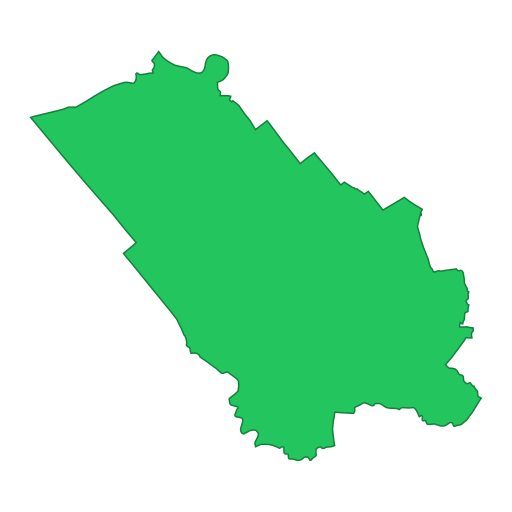 the district of Ben Luc, Long An, Vietnam
{"feature_id": "81297802B50864428315087", "entity_name": "Ben Luc", "entity_type": "district", "adm_level": 2, "iso_a3": "VNM", "parent_name": "Vietnam", "parent_adm1": "Long An", "projection": "orthographic", "projection_center": [106.476, 10.694], "detail": "fine", "context": "isolated", "style": "filled", "palette": "green", "viewbox_px": 512, "rotation_deg": 0, "n_neighbors": 0, "source": "geoboundaries", "source_scale": "gbopen_adm2", "svg_char_len": 6031}
<svg xmlns="http://www.w3.org/2000/svg" viewBox="0 0 512 512"><path d="M312.0,154.7L308.8,156.8L300.2,163.6L289.6,150.0L283.3,142.3L270.0,124.4L267.1,120.7L255.5,129.6L249.7,120.1L244.4,113.6L238.8,105.4L232.9,100.8L231.9,101.9L229.4,99.9L230.8,96.3L228.8,95.8L223.1,95.6L220.2,95.7L220.5,92.3L220.3,91.6L218.1,89.7L217.7,88.0L217.4,82.4L221.4,80.7L222.9,79.9L224.4,78.4L226.9,75.3L228.2,72.7L228.5,68.2L228.5,66.5L228.3,64.3L227.9,61.9L227.3,60.8L226.6,60.0L224.9,58.6L222.3,56.9L217.8,55.3L215.3,54.8L213.1,54.8L211.5,55.3L209.7,56.2L207.9,57.8L206.6,59.7L205.5,63.2L205.0,66.9L204.4,68.8L203.6,70.5L202.0,72.3L201.3,72.8L200.0,73.0L198.0,73.1L196.4,72.8L192.8,71.4L188.1,68.6L186.2,67.7L179.8,66.4L174.9,65.2L171.1,63.3L165.7,59.8L162.7,57.2L158.7,51.6L156.7,54.3L155.3,56.0L153.7,58.5L152.2,59.9L152.1,60.2L152.0,60.9L152.1,61.2L153.9,62.9L154.3,63.5L154.4,64.1L154.4,66.0L154.2,67.2L153.9,67.8L153.1,68.9L152.3,70.4L152.5,71.0L153.0,71.9L153.2,73.0L149.2,73.2L147.7,73.6L144.5,74.2L140.8,74.6L139.6,74.5L138.8,74.1L137.7,73.3L137.0,73.0L136.6,73.1L136.0,73.6L135.9,74.3L136.2,75.5L136.2,77.3L136.1,79.0L135.8,80.1L134.8,82.1L134.2,82.8L133.8,83.2L132.8,83.3L128.1,82.4L126.7,82.3L124.2,82.5L120.5,83.5L114.0,85.6L105.9,89.6L96.4,94.9L84.7,102.2L75.9,107.2L68.7,107.1L62.3,109.5L33.2,116.6L30.7,117.5L67.5,161.8L84.7,182.0L113.1,214.6L125.2,229.6L136.1,242.5L133.0,245.5L123.5,253.4L126.5,257.3L133.5,265.6L148.6,284.3L160.9,299.3L164.9,304.3L169.1,309.4L176.8,319.2L178.4,322.7L181.0,327.8L183.0,332.4L183.8,334.6L184.9,335.9L185.6,337.4L186.1,338.7L186.5,341.1L186.7,343.0L186.4,344.6L186.5,345.3L186.9,345.9L188.3,347.1L189.5,347.5L189.9,348.3L190.5,351.9L190.8,353.1L192.0,353.2L193.8,353.1L195.7,353.1L197.3,353.7L198.9,354.6L199.9,356.7L201.7,358.2L205.5,360.7L216.4,368.6L221.3,373.1L222.6,373.4L223.1,373.4L225.1,372.5L226.5,372.1L227.8,372.2L234.0,376.7L237.0,379.0L238.4,381.1L238.6,382.3L238.7,384.2L238.7,385.3L238.2,390.3L237.7,391.5L235.5,393.5L233.8,395.0L229.3,398.4L229.2,399.0L229.4,400.8L229.9,403.5L230.4,404.5L231.2,405.0L231.8,405.3L237.4,406.7L238.0,407.0L238.0,407.4L237.9,408.2L236.9,409.4L235.0,414.5L235.0,415.5L235.1,416.0L235.6,416.5L236.5,416.9L239.5,417.4L241.4,417.9L242.2,418.4L242.6,418.8L242.6,421.8L242.0,424.2L240.6,428.5L240.7,430.3L240.8,431.2L241.7,432.9L242.4,433.5L243.5,433.9L246.7,432.4L249.7,430.7L252.8,430.0L254.8,430.1L255.8,430.4L256.5,430.8L257.7,432.4L258.3,433.8L258.4,435.0L257.4,437.7L255.2,441.9L254.9,443.6L255.6,446.7L260.7,444.4L263.9,444.3L267.6,444.4L270.2,444.7L273.1,445.5L276.1,446.6L279.7,448.3L281.2,447.1L282.0,446.9L283.5,447.0L283.9,447.6L284.0,449.4L283.9,451.8L284.2,452.9L284.4,453.5L285.3,453.9L287.6,454.0L288.2,454.3L288.5,457.8L288.9,458.7L289.8,459.0L291.7,459.0L293.8,459.2L297.2,460.4L299.2,460.3L301.7,459.4L304.2,457.5L305.0,457.1L306.6,457.0L307.7,457.2L308.5,457.8L309.4,459.2L309.6,460.0L310.2,460.3L311.5,459.9L312.3,458.4L315.3,456.4L316.1,455.5L316.2,455.0L315.9,451.7L315.9,450.1L316.2,449.1L317.2,448.1L319.2,447.1L320.6,446.9L321.7,448.0L322.6,448.4L323.8,448.5L324.6,447.9L326.3,447.2L331.3,446.7L334.7,445.6L334.2,443.4L333.0,434.0L332.5,429.3L333.3,420.8L334.2,417.1L334.7,412.7L335.0,412.2L339.6,412.6L349.7,413.1L351.8,413.4L353.3,413.3L353.9,412.9L354.3,412.4L354.5,411.9L354.8,409.8L354.6,408.8L354.6,407.6L355.3,407.1L359.5,405.2L362.9,403.1L364.3,402.8L365.6,403.1L368.1,404.0L371.6,405.7L373.2,405.7L373.8,405.3L374.8,403.8L375.1,403.6L377.7,403.5L379.7,403.6L380.8,404.0L383.1,405.4L384.3,406.4L386.6,407.6L389.2,408.1L396.2,408.5L397.4,408.6L399.0,409.6L399.6,409.3L400.6,408.4L401.5,407.9L402.4,407.6L409.2,408.0L411.4,407.7L413.4,407.6L414.4,408.1L415.5,409.2L416.7,411.0L418.0,413.6L418.9,416.2L419.4,416.7L419.7,416.6L421.1,415.4L421.6,415.4L421.9,415.6L422.2,416.2L422.4,416.9L422.2,419.9L422.5,420.5L422.9,420.7L423.9,420.7L424.8,420.5L425.5,420.6L427.1,424.1L427.5,424.2L428.9,424.4L429.8,424.4L433.7,424.0L434.9,424.1L440.1,425.8L441.6,426.0L443.8,426.0L445.5,425.4L447.3,424.4L448.8,423.3L450.1,422.6L451.1,422.6L451.9,422.8L452.6,423.4L453.7,426.0L454.0,426.3L454.5,426.3L457.6,425.3L460.5,424.8L461.5,424.3L466.9,419.8L468.8,417.0L472.3,412.4L479.4,400.8L481.3,398.2L478.4,396.7L477.8,395.8L477.7,395.4L477.7,393.2L477.5,391.4L476.9,390.4L475.7,389.2L474.5,387.6L474.1,386.2L472.7,386.0L471.9,385.1L470.3,382.8L469.8,382.8L467.5,383.6L466.6,383.6L464.9,382.3L463.9,381.0L463.6,380.3L463.3,376.8L463.1,376.2L462.5,375.5L461.4,375.0L459.7,374.6L458.8,374.0L458.1,372.5L456.8,370.4L454.8,368.8L452.2,368.3L449.7,368.2L448.9,367.9L447.5,366.9L445.4,364.6L451.8,357.4L464.7,340.0L465.5,338.3L465.8,337.8L466.2,337.6L468.5,337.9L471.9,337.9L471.5,335.1L471.7,333.3L472.1,332.1L472.7,331.4L473.3,330.9L473.1,327.9L470.2,327.6L467.0,326.8L464.8,327.0L459.6,327.0L459.7,324.2L460.2,322.5L461.7,323.8L462.7,323.9L463.5,320.8L464.2,319.8L464.4,319.1L464.4,317.8L464.6,316.8L464.6,315.1L464.8,313.3L465.1,312.6L465.7,312.3L467.2,311.9L468.0,311.4L468.0,308.9L468.3,306.9L468.8,305.5L468.8,305.0L468.6,304.7L467.7,304.4L467.4,304.2L466.7,302.5L465.9,301.7L465.9,301.3L466.1,300.5L466.5,300.0L467.5,299.5L468.2,298.5L468.3,296.2L468.0,294.0L468.6,292.8L468.8,292.1L468.7,291.7L467.6,291.2L467.3,290.6L467.3,289.3L467.1,288.2L465.6,285.7L464.6,283.6L464.4,282.7L464.4,280.4L464.2,278.5L463.7,276.3L463.6,275.1L463.1,272.5L462.2,271.1L461.7,270.7L460.7,270.4L459.8,270.5L458.8,270.7L458.1,270.6L457.1,270.0L456.3,268.9L453.5,269.3L450.9,269.6L448.5,270.1L446.4,270.2L441.2,271.1L439.9,271.0L438.8,270.7L438.2,270.8L435.8,271.7L434.6,271.9L433.8,272.0L433.4,271.8L432.5,269.8L431.5,268.1L430.4,267.3L427.9,258.5L423.6,247.8L420.5,238.3L419.6,234.1L418.4,230.2L417.6,227.0L417.6,225.8L417.8,224.6L420.3,214.7L421.2,215.2L421.3,213.8L420.6,212.8L422.2,209.3L415.3,205.2L409.4,201.3L404.3,197.4L382.9,210.1L368.3,191.3L364.2,194.2L362.2,192.4L361.0,191.7L357.1,189.0L355.2,188.9L354.5,188.0L352.6,187.5L344.3,182.2L340.7,185.0L331.1,172.8L315.4,154.1L314.4,152.8L312.0,154.7Z" fill="#22c55e" stroke="#15803d" stroke-width="1.5"/></svg>